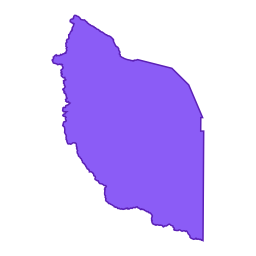 Malargüe, Mendoza, Argentina
{"feature_id": "61730980B71777653725604", "entity_name": "Malargüe", "entity_type": "district", "adm_level": 2, "iso_a3": "ARG", "parent_name": "Argentina", "parent_adm1": "Mendoza", "projection": "robinson", "projection_center": [-70.089, -36.132], "detail": "fine", "context": "isolated", "style": "filled", "palette": "violet", "viewbox_px": 256, "rotation_deg": 0, "n_neighbors": 0, "source": "geoboundaries", "source_scale": "gbopen_adm2", "svg_char_len": 5602}
<svg xmlns="http://www.w3.org/2000/svg" viewBox="0 0 256 256"><path d="M202.6,117.6L188.7,84.9L171.9,68.3L137.5,59.6L136.1,60.2L134.7,60.1L134.3,60.6L133.4,60.5L133.1,61.0L131.8,60.5L130.9,60.6L130.1,60.1L127.7,59.7L125.5,59.0L123.6,58.2L122.8,57.6L122.0,57.4L120.3,56.1L120.2,54.7L119.4,54.1L119.4,53.6L119.7,53.1L119.6,52.7L119.9,52.4L119.6,51.2L119.0,50.8L118.7,50.1L118.6,49.5L118.8,49.1L118.5,48.4L117.6,47.1L116.8,46.8L116.4,46.3L115.8,46.2L113.5,41.4L113.6,40.8L113.1,39.9L113.4,39.5L112.0,38.0L111.3,37.5L110.9,36.9L109.0,35.9L107.6,35.7L106.7,34.8L105.9,34.7L105.1,34.2L102.3,32.1L101.8,32.1L100.4,31.4L100.1,30.9L99.8,31.0L98.5,29.6L96.5,28.9L95.5,27.8L94.7,27.6L93.9,26.7L93.6,26.8L92.8,26.1L91.1,25.6L90.1,24.7L89.4,24.6L88.4,23.5L87.8,23.3L86.9,22.3L86.8,21.8L86.1,21.5L84.5,19.9L83.1,20.0L80.7,19.4L80.1,18.2L78.5,16.6L76.7,16.0L75.9,15.4L74.5,15.4L73.8,16.4L73.6,17.6L73.2,18.0L73.4,18.6L72.5,19.1L71.9,19.0L71.1,19.3L70.2,20.2L70.2,21.7L70.8,21.9L71.2,22.4L71.9,22.6L72.2,23.1L73.8,23.5L74.1,23.9L73.5,24.6L73.6,25.1L73.2,26.6L72.8,26.8L72.1,28.1L72.3,28.7L72.0,29.3L72.3,29.7L72.3,30.0L71.8,30.0L71.4,30.5L71.5,31.2L70.6,31.8L69.6,34.2L68.7,34.7L68.8,37.5L69.0,37.8L68.8,37.9L68.6,38.9L67.2,39.3L67.1,39.7L66.6,40.1L66.5,41.0L66.8,41.6L66.8,42.4L66.0,42.9L65.8,43.6L66.1,44.9L65.9,46.4L67.0,47.4L66.2,48.4L66.8,50.2L66.1,51.4L66.2,51.7L65.8,52.7L65.9,52.9L65.6,53.2L65.0,52.9L64.0,53.7L62.7,54.0L61.7,54.8L61.0,54.9L60.7,54.5L59.6,55.6L57.2,55.4L56.6,55.8L56.1,55.5L56.1,54.9L55.4,55.2L54.4,56.1L54.0,56.8L53.3,57.1L53.6,58.0L53.5,58.6L53.0,59.2L52.9,59.8L52.5,59.8L52.7,60.3L52.3,60.5L53.4,63.0L56.9,63.9L57.4,64.6L57.7,64.7L59.8,64.1L60.3,64.6L61.2,64.2L62.2,64.5L61.9,64.9L62.0,65.5L63.1,67.3L62.7,68.1L62.8,68.6L60.9,70.2L61.3,71.5L61.8,71.9L61.5,72.5L61.1,72.5L60.9,72.9L62.1,73.8L62.2,74.4L61.3,74.8L61.3,75.8L63.4,77.8L64.2,77.8L64.7,77.5L65.2,79.4L66.3,80.2L65.1,79.9L64.6,80.1L64.4,80.7L63.6,80.6L63.4,80.9L63.9,82.2L63.6,82.5L63.7,82.8L63.6,83.3L64.1,83.6L64.5,85.1L64.4,85.5L64.9,85.9L65.3,86.9L64.7,87.3L64.1,88.6L63.1,88.8L62.8,89.7L63.6,90.0L63.8,90.9L64.5,91.4L63.9,92.1L64.4,93.2L65.2,93.3L65.1,93.6L65.4,94.0L66.0,94.3L66.0,95.6L66.4,96.0L66.3,97.2L66.8,97.6L67.0,98.1L67.0,98.5L66.2,98.8L65.9,99.4L65.6,99.5L65.9,100.3L65.7,101.1L66.5,101.4L67.0,102.2L67.8,102.1L68.4,101.7L69.3,102.9L70.0,103.1L69.6,103.6L69.0,103.8L68.4,104.6L67.5,105.0L67.1,105.4L66.3,105.3L65.7,105.9L65.5,107.3L65.0,107.6L63.9,107.3L62.9,108.0L63.0,108.8L62.8,109.1L62.8,109.6L62.6,110.2L62.8,111.0L63.5,111.3L63.6,111.7L66.6,111.8L65.8,112.4L65.7,112.8L65.2,113.0L64.9,113.9L64.0,114.0L63.2,114.6L63.2,114.9L62.8,115.4L63.1,115.9L64.3,116.5L65.0,116.3L65.7,116.9L66.0,117.3L65.6,117.5L65.4,118.0L65.6,119.6L66.2,120.3L66.3,120.8L66.1,121.1L65.2,121.4L65.1,121.7L64.1,121.7L63.7,122.1L63.2,123.5L63.2,124.6L62.7,125.1L62.7,125.4L63.3,125.8L63.3,126.3L64.4,126.9L64.8,129.5L64.6,132.7L65.3,133.7L65.6,134.5L66.1,135.1L66.2,135.8L66.1,136.1L66.3,136.5L66.0,137.5L66.2,138.6L66.1,139.2L66.4,139.3L66.3,139.7L66.9,140.6L66.9,141.5L67.8,143.7L68.1,143.9L69.1,144.0L69.8,143.7L70.6,144.2L71.5,143.9L72.6,143.0L73.3,142.8L74.3,142.7L74.9,143.1L75.5,143.0L75.9,143.4L76.3,144.1L76.4,146.4L76.9,147.1L76.9,147.6L76.6,148.1L77.0,148.6L77.0,149.6L77.6,150.7L77.1,151.6L77.3,153.1L78.1,154.3L78.5,156.0L80.1,157.4L80.5,158.3L81.3,158.8L81.8,160.3L82.3,160.7L82.5,162.3L82.9,162.5L83.6,163.5L84.3,163.5L84.8,164.6L85.6,165.5L85.8,166.3L86.3,166.8L86.6,167.8L86.9,168.0L87.4,169.0L88.4,169.2L88.8,169.5L88.8,170.1L89.4,170.6L89.4,171.9L91.1,171.7L92.7,172.8L93.1,173.3L93.0,173.5L93.6,174.0L93.8,175.7L95.2,176.4L95.3,176.9L95.4,177.4L94.9,178.9L95.2,179.5L97.4,180.8L98.0,180.7L98.3,180.9L98.9,182.6L99.9,183.6L101.9,183.9L103.3,184.7L104.1,185.5L105.8,185.6L106.3,186.7L104.9,187.9L105.0,188.6L104.5,189.1L105.1,189.8L104.8,190.3L104.8,191.9L104.6,192.8L104.7,194.9L105.5,195.7L105.2,197.4L105.9,198.3L105.7,198.5L105.8,199.6L105.6,200.0L106.2,201.2L107.9,202.3L108.1,202.8L108.9,203.6L109.7,203.5L110.7,204.3L111.6,204.6L114.2,206.3L114.3,206.8L115.0,206.9L115.4,207.3L116.0,207.1L117.0,207.4L117.6,208.4L118.6,208.5L119.0,208.2L120.0,209.0L121.3,209.1L121.8,208.7L122.8,209.3L123.4,209.3L124.1,209.0L124.8,209.1L125.3,208.8L125.4,208.5L126.5,208.5L127.0,208.1L127.6,208.2L127.6,208.9L128.5,208.7L128.8,209.1L129.2,209.0L130.5,208.1L131.3,208.1L132.1,208.4L133.2,207.5L135.3,207.7L135.5,207.4L136.3,206.9L136.7,207.1L137.4,206.9L137.9,207.8L139.3,208.3L140.6,209.5L140.9,209.5L141.4,209.0L141.8,209.3L142.1,209.1L142.7,209.5L143.7,209.5L144.2,209.8L144.3,210.2L145.9,210.9L146.3,211.4L147.3,211.8L148.1,211.6L149.0,212.8L150.4,213.0L152.3,215.5L152.0,216.1L152.3,216.6L151.5,218.2L151.8,219.3L151.5,220.0L151.7,220.5L152.2,220.8L151.8,221.7L152.4,223.2L152.9,223.4L153.1,224.1L153.7,224.2L154.5,224.7L155.3,224.6L155.8,225.2L156.4,225.1L156.7,224.7L157.3,224.7L159.3,225.3L160.2,225.0L160.5,225.2L161.5,225.3L162.1,225.4L162.9,226.4L163.3,226.4L163.1,226.7L163.3,226.9L164.0,226.6L164.5,226.0L166.5,225.9L168.7,224.3L169.7,224.2L170.9,225.3L172.9,226.0L173.1,227.2L173.9,227.8L174.3,229.1L173.9,229.6L174.2,230.1L176.6,230.5L178.2,230.5L179.1,229.9L179.8,229.9L181.5,231.0L182.2,231.2L183.8,230.7L184.7,230.8L185.4,231.4L186.3,231.0L186.6,231.0L187.3,231.9L188.2,233.8L189.7,235.4L190.1,236.6L189.9,237.0L190.9,238.1L193.6,239.3L195.4,238.9L195.8,238.3L196.2,238.3L196.5,238.5L196.5,239.1L197.8,239.2L198.3,239.0L199.7,239.5L200.2,239.3L200.7,239.7L201.3,239.7L201.6,240.2L202.0,240.1L203.0,240.6L203.7,131.1L200.7,131.1L200.8,117.6L202.6,117.6Z" fill="#8b5cf6" stroke="#5b21b6" stroke-width="1.5"/></svg>